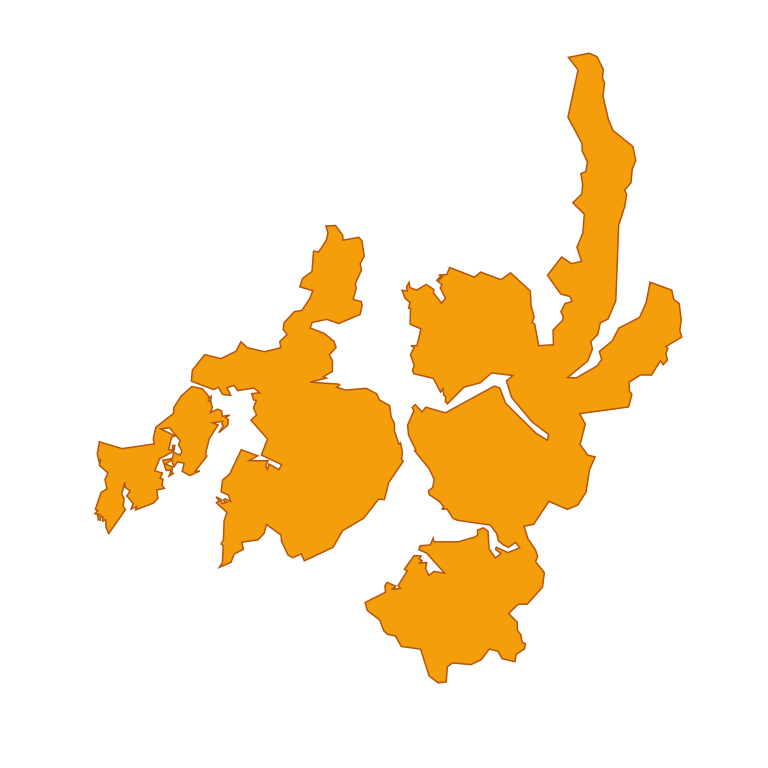 the district of Sortland nor, Nordland, Norway, rotated 353°
{"feature_id": "86288312B55921880538341", "entity_name": "Sortland nor", "entity_type": "district", "adm_level": 2, "iso_a3": "NOR", "parent_name": "Norway", "parent_adm1": "Nordland", "projection": "mercator", "projection_center": [15.403, 68.748], "detail": "fine", "context": "isolated", "style": "filled", "palette": "amber", "viewbox_px": 768, "rotation_deg": 353, "n_neighbors": 0, "source": "geoboundaries", "source_scale": "gbopen_adm2", "svg_char_len": 6133}
<svg xmlns="http://www.w3.org/2000/svg" viewBox="0 0 768 768"><g transform="rotate(353 384 384)"><path d="M523.2,289.1L512.8,294.7L493.6,284.7L486.9,289.0L463.3,276.3L459.7,283.1L451.6,282.4L454.1,283.3L448.5,288.0L455.5,284.3L449.9,288.5L453.6,292.7L451.5,295.4L455.5,306.3L451.0,310.7L444.0,299.2L445.1,296.4L438.0,290.3L427.9,294.8L421.5,291.5L421.3,286.2L418.2,290.2L418.5,294.4L413.3,293.2L415.3,301.4L419.7,306.3L417.6,311.7L419.5,312.4L417.2,327.9L427.4,333.8L421.4,349.9L415.4,349.3L418.3,351.3L413.8,358.3L416.3,369.4L413.9,373.7L414.8,377.4L433.6,384.4L439.2,398.9L441.8,395.8L441.9,402.3L443.6,403.6L442.8,409.1L444.5,411.4L463.0,396.9L479.7,394.5L492.1,386.1L512.9,391.3L505.9,395.9L509.0,412.8L526.3,439.6L541.2,454.1L539.2,459.7L529.2,451.7L502.5,418.2L498.3,401.9L493.2,399.5L441.4,420.1L422.6,412.1L418.5,416.4L412.4,408.3L409.1,410.8L410.4,414.2L402.4,427.7L402.1,437.8L407.7,453.7L406.2,453.9L418.5,473.7L422.2,484.7L419.8,492.6L415.0,495.7L415.4,499.4L424.7,507.3L428.0,512.7L428.0,514.1L426.5,514.6L426.6,515.5L431.2,515.6L436.2,525.9L440.9,528.4L472.2,536.9L477.7,546.3L478.4,553.5L482.9,558.3L487.5,561.3L495.4,557.3L498.7,563.1L486.4,566.4L475.6,559.7L474.5,561.8L479.5,566.6L473.2,570.2L468.2,560.1L469.3,542.8L465.0,538.9L458.9,540.4L458.7,545.0L456.2,546.8L438.3,549.7L414.4,546.7L414.0,542.9L410.3,549.4L400.1,548.9L398.4,552.7L405.7,557.0L421.1,579.2L410.8,576.1L405.2,579.5L402.8,572.2L404.7,566.4L397.2,566.0L400.3,564.0L397.7,561.9L399.9,559.3L393.0,558.0L381.6,570.3L384.3,572.4L373.4,585.8L375.5,589.0L367.5,588.7L371.1,586.2L362.9,581.3L360.3,584.3L360.1,590.9L338.6,598.5L339.8,606.8L351.0,617.7L353.7,628.9L356.9,632.8L364.6,635.5L369.2,646.6L388.0,651.6L393.2,679.3L401.3,687.2L409.5,687.3L412.4,672.4L417.9,669.2L436.2,673.1L447.0,669.5L456.2,659.9L464.6,663.2L467.6,670.9L480.1,675.7L482.2,668.5L491.2,664.0L492.8,659.0L489.6,657.2L489.2,649.5L486.4,644.5L487.2,636.6L479.7,627.0L490.4,618.9L499.4,619.9L516.6,604.9L520.2,590.7L512.8,578.8L515.4,574.3L514.2,567.3L508.0,555.1L505.7,542.2L515.5,541.5L533.3,520.6L550.8,530.8L561.6,527.7L571.3,515.9L577.6,494.0L584.6,482.0L577.5,479.4L571.3,467.9L578.9,448.3L574.6,437.3L624.0,436.6L628.8,424.5L626.7,420.8L627.4,412.2L639.8,406.2L650.6,407.8L661.3,394.5L663.4,398.9L668.3,394.8L667.4,388.3L670.1,383.1L668.3,381.2L685.3,373.7L684.1,367.1L686.8,356.8L686.8,340.2L681.9,335.2L681.1,326.0L660.5,315.3L654.2,335.0L645.7,349.1L623.9,357.1L615.7,369.1L601.7,378.0L603.0,386.1L597.6,392.1L575.5,401.4L567.1,399.9L588.9,386.1L595.2,374.7L594.4,367.0L602.2,360.9L606.2,349.6L614.3,346.8L624.2,329.6L636.3,254.9L644.7,236.9L647.9,225.3L646.4,221.1L653.7,214.2L656.5,201.2L661.1,192.8L660.0,178.7L642.2,160.3L639.0,148.8L636.4,125.0L639.6,112.2L638.1,107.1L640.0,98.5L635.3,85.1L627.9,80.7L606.8,82.3L614.9,95.9L599.1,141.6L609.8,169.3L609.1,176.8L613.0,188.2L610.2,197.7L605.1,199.2L605.5,209.9L603.6,219.4L593.5,227.1L603.5,239.9L599.8,258.2L592.1,271.8L595.1,286.3L584.9,287.4L575.8,279.6L559.5,296.0L570.4,316.3L579.3,319.8L580.7,325.1L573.6,326.1L568.4,333.8L570.1,339.0L568.9,342.7L558.4,351.0L556.9,365.7L542.2,364.8L540.9,342.9L538.5,340.9L541.2,336.0L539.5,323.6L540.6,309.6L523.2,289.1ZM283.4,549.8L313.6,539.9L324.8,524.7L347.5,514.7L364.5,497.7L370.3,498.8L376.7,482.4L393.7,463.0L392.2,460.6L394.0,454.5L393.2,444.3L391.4,445.3L388.7,431.9L389.5,424.1L387.1,417.7L387.0,406.2L377.6,399.3L375.5,392.8L365.7,386.1L345.2,385.3L336.5,381.5L339.9,379.7L339.1,378.6L310.7,373.2L327.6,371.1L324.8,369.4L334.3,365.2L335.7,354.7L333.3,348.3L340.9,341.9L339.5,335.5L330.7,326.4L317.5,319.4L320.2,314.1L335.2,312.9L346.4,318.5L368.8,312.0L371.9,303.1L371.3,299.3L363.8,296.4L368.1,285.4L367.7,281.0L375.5,268.2L375.0,261.7L379.9,254.7L379.6,239.2L376.8,235.3L360.8,236.3L361.2,231.4L355.2,220.8L345.6,220.0L346.8,227.4L344.1,234.4L335.2,245.0L330.3,243.5L326.2,263.6L316.1,269.2L312.3,277.3L324.6,282.7L321.4,289.2L311.6,300.9L303.9,301.2L292.3,311.1L290.6,317.5L293.8,323.1L285.7,329.2L286.0,335.4L269.5,337.4L252.7,331.3L247.1,324.6L241.2,333.4L225.2,338.9L209.7,333.0L195.5,346.9L193.1,357.7L214.0,368.7L219.3,367.1L222.5,374.7L230.5,376.6L227.8,368.5L235.1,367.3L237.9,372.8L254.4,372.1L259.5,377.5L251.5,377.5L252.6,383.8L255.2,384.9L251.5,392.0L253.8,399.1L247.5,403.7L261.7,424.4L253.6,439.6L272.5,451.5L269.4,456.1L260.1,449.4L257.8,454.5L256.5,451.2L259.5,446.0L240.7,443.6L249.9,439.9L234.3,431.8L219.8,454.7L212.0,459.7L209.2,471.1L216.0,475.3L217.5,481.9L212.2,478.6L210.1,479.8L213.1,482.3L208.6,482.8L208.0,478.6L203.5,475.5L206.4,480.0L203.1,481.4L212.5,492.4L208.6,500.2L205.6,519.2L202.8,522.9L204.7,525.0L201.8,541.7L198.2,545.9L210.4,542.4L214.6,534.5L224.2,531.0L223.6,523.7L239.8,523.4L246.8,517.7L250.3,509.2L263.3,521.3L263.1,527.6L267.9,542.0L272.1,545.3L281.2,542.5L283.4,549.8ZM91.8,426.7L93.6,423.8L91.6,430.2L99.1,438.5L95.4,444.9L96.2,454.3L89.9,457.1L82.3,473.2L84.4,475.0L81.2,477.4L85.4,478.8L83.7,479.5L84.0,484.1L86.1,484.7L86.5,480.6L88.9,481.9L88.2,485.8L91.4,484.7L90.5,492.1L92.5,499.0L112.0,477.3L110.2,473.5L112.1,466.1L110.2,461.6L114.7,449.9L114.4,454.9L118.9,459.1L115.1,463.7L120.5,472.1L117.7,477.3L123.5,475.6L122.1,478.7L140.6,474.1L145.7,469.9L145.6,461.5L153.3,460.8L151.2,457.3L153.1,451.7L150.3,450.3L153.3,445.4L146.0,442.3L152.1,430.9L167.1,425.1L168.9,419.5L166.8,419.2L166.1,424.1L162.2,422.7L166.8,410.8L170.3,410.1L156.9,401.3L165.7,401.3L174.8,415.3L172.7,419.2L175.3,426.2L173.1,429.7L166.8,426.3L165.0,432.1L155.2,432.8L157.3,443.3L162.4,443.3L159.4,449.3L164.0,447.2L162.7,445.7L163.8,440.5L157.4,436.8L163.8,433.6L165.4,440.6L169.6,436.1L175.9,438.4L173.1,446.1L180.1,451.2L190.6,447.9L186.0,447.5L199.5,433.9L198.2,431.8L204.0,416.7L214.4,404.5L209.1,401.7L219.4,401.3L218.2,403.8L219.4,405.9L214.0,412.2L223.8,405.9L225.2,400.3L222.6,397.8L227.2,396.1L219.6,396.4L219.5,390.8L215.8,388.7L208.4,391.1L210.7,386.6L210.0,380.3L208.1,379.6L210.2,378.8L210.9,375.4L207.4,377.8L209.1,375.7L203.2,366.6L193.0,363.1L181.2,371.2L172.6,381.7L171.4,387.6L152.3,399.1L148.4,409.9L148.5,415.5L116.1,416.2L94.5,406.7L90.9,418.3L91.8,426.7Z" fill="#f59e0b" stroke="#b45309" stroke-width="1.5"/></g></svg>